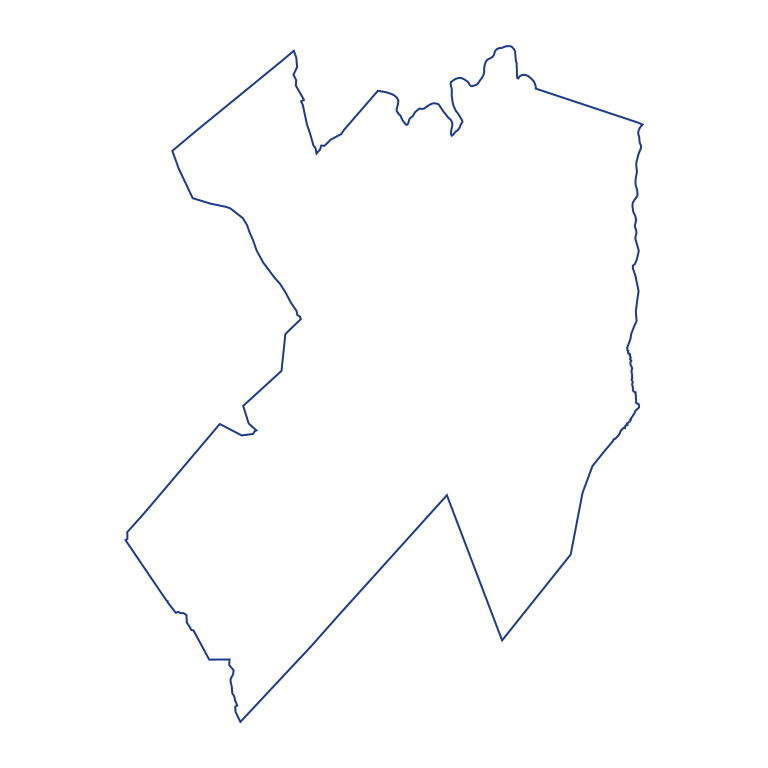 Candela, Coahuila, Mexico (Equal Earth projection)
{"feature_id": "50627088B44325844146536", "entity_name": "Candela", "entity_type": "district", "adm_level": 2, "iso_a3": "MEX", "parent_name": "Mexico", "parent_adm1": "Coahuila", "projection": "equal_earth", "projection_center": [-100.597, 26.828], "detail": "fine", "context": "isolated", "style": "outline", "palette": "blue", "viewbox_px": 768, "rotation_deg": 0, "n_neighbors": 0, "source": "geoboundaries", "source_scale": "gbopen_adm2", "svg_char_len": 5936}
<svg xmlns="http://www.w3.org/2000/svg" viewBox="0 0 768 768"><path d="M240.4,721.9L310.9,646.5L338.4,615.5L384.5,564.4L446.9,495.2L502.1,640.4L570.7,554.5L582.5,493.0L592.4,466.2L602.5,453.5L613.2,440.7L613.7,439.2L615.1,438.9L618.8,435.1L619.3,433.9L619.8,433.5L620.4,431.3L621.9,429.4L622.3,429.4L622.5,428.8L624.0,427.7L625.0,428.1L625.1,427.6L625.4,426.0L625.7,426.0L626.3,424.8L626.9,424.8L626.8,424.5L627.1,424.4L626.9,424.1L627.0,423.8L627.3,424.0L627.2,423.6L627.5,423.2L628.2,422.8L629.3,421.6L629.6,421.6L630.7,420.0L630.4,419.5L630.9,419.1L630.8,418.9L630.8,418.5L631.6,417.7L632.7,416.0L634.5,413.0L635.6,410.6L638.9,407.6L639.1,405.5L638.5,404.0L637.1,403.5L635.9,402.6L636.2,401.0L635.9,397.8L635.9,396.8L635.9,395.8L635.7,395.2L635.8,394.6L635.3,393.4L635.7,392.4L633.8,391.5L633.0,390.7L633.1,390.4L633.0,389.8L633.0,389.3L632.9,389.0L632.8,388.7L632.7,388.3L632.8,387.8L632.8,386.9L632.7,386.6L632.2,384.7L632.1,384.2L632.2,383.7L632.3,383.6L632.6,383.0L632.7,382.8L632.7,382.4L632.7,382.2L632.3,380.9L631.8,380.2L631.6,379.7L631.7,379.3L631.9,378.8L632.3,378.1L632.3,377.8L631.9,377.1L631.9,376.7L632.0,376.4L632.1,376.1L632.2,375.4L632.2,375.2L632.0,374.5L631.8,373.1L631.5,372.1L631.7,371.3L631.7,371.0L631.6,370.5L631.6,370.0L631.7,369.5L632.0,368.9L632.2,368.6L632.2,368.3L632.1,368.1L631.9,367.7L631.8,367.1L631.7,366.7L631.4,366.3L630.9,365.8L630.8,365.6L630.7,365.0L630.5,364.1L630.4,363.8L630.5,361.9L630.5,361.6L630.7,361.3L630.8,361.2L631.2,361.1L631.3,360.9L631.3,360.7L631.2,360.7L630.9,360.4L630.4,359.7L630.0,359.2L630.0,358.9L630.1,358.7L630.7,357.9L630.7,357.4L630.6,357.1L630.1,356.2L630.0,355.8L629.8,355.4L629.7,355.2L630.0,354.7L630.0,354.4L630.0,354.1L629.9,354.0L629.5,353.7L629.1,353.5L628.5,353.5L628.3,353.4L628.1,353.2L628.1,352.6L628.1,352.4L628.1,352.0L628.3,351.0L628.3,350.9L628.1,350.7L627.5,350.4L627.1,347.7L629.9,340.6L630.6,338.3L631.1,334.2L633.9,326.9L636.6,321.1L635.8,311.6L637.2,300.6L638.6,291.1L635.4,275.7L632.8,268.1L632.9,265.7L634.9,264.0L636.8,259.6L638.8,250.9L635.6,239.6L635.3,237.6L636.5,232.9L636.1,230.3L634.8,226.2L636.2,219.6L635.9,219.5L635.7,219.3L635.7,219.0L635.7,218.2L635.6,217.5L635.3,216.2L634.8,215.0L634.0,213.3L633.5,212.5L633.2,211.4L632.6,207.3L632.5,206.5L632.5,204.8L632.6,203.8L632.7,203.1L633.3,201.8L634.8,199.4L636.8,196.8L637.2,196.1L637.4,195.4L637.5,194.9L637.4,193.5L637.3,191.4L637.1,190.3L636.9,189.3L636.4,187.5L635.8,185.7L635.6,184.3L635.5,183.0L635.5,180.7L635.6,179.6L635.7,178.8L636.4,174.9L636.8,172.5L636.9,171.5L636.9,170.9L636.8,170.0L636.6,169.1L636.5,167.3L636.3,166.2L636.3,164.3L636.4,162.5L636.6,161.2L637.3,158.9L637.7,156.9L638.1,155.7L639.0,152.8L639.4,151.8L640.2,150.1L640.5,149.4L640.7,148.7L641.0,147.6L641.0,146.8L641.0,145.9L640.8,145.0L640.4,144.4L640.0,143.5L639.6,141.7L639.4,140.4L639.3,137.8L639.1,136.6L638.3,134.1L638.3,133.4L638.2,132.8L638.3,131.8L638.5,131.0L638.8,130.1L639.3,128.9L639.7,128.1L640.2,127.4L640.8,126.5L641.3,125.9L642.5,124.6L637.4,122.4L535.7,88.6L535.8,86.8L535.3,85.0L534.5,82.7L533.6,81.0L532.4,79.8L531.0,78.3L529.1,76.9L527.9,75.8L526.0,75.2L523.8,74.8L521.8,75.1L520.4,75.9L519.5,76.6L518.3,78.4L517.4,78.0L516.9,75.8L516.9,72.2L516.9,68.9L516.6,66.6L516.7,63.8L515.9,60.7L515.4,56.3L515.3,53.8L515.1,51.5L513.9,49.0L512.6,47.8L511.8,46.7L509.8,46.1L507.7,46.1L505.9,46.4L504.2,46.9L501.9,47.9L500.5,48.1L499.2,48.0L498.0,48.7L496.7,49.2L495.4,50.6L494.7,52.3L493.7,55.4L492.6,56.7L491.3,57.7L487.2,59.8L486.1,61.1L485.4,63.0L484.7,65.0L484.3,67.2L484.2,68.9L484.2,70.6L484.1,72.3L484.0,73.4L483.3,75.1L481.9,77.8L480.8,79.4L479.7,80.8L478.7,82.3L478.1,83.4L476.8,84.5L475.5,85.1L472.3,86.1L471.1,86.1L470.1,85.4L468.8,83.3L467.8,81.8L464.6,79.6L462.7,78.6L460.7,77.9L458.7,78.0L456.4,78.6L454.5,79.5L451.0,82.0L450.6,83.5L450.9,85.5L451.3,87.2L451.7,88.7L451.8,90.6L451.8,93.2L451.7,95.8L452.1,98.1L452.6,102.3L453.2,104.6L453.9,106.7L455.2,109.4L455.9,111.0L457.7,113.1L460.1,117.1L461.0,118.6L462.2,120.3L462.3,121.0L462.4,122.2L461.8,122.9L461.2,123.8L460.4,125.6L459.8,127.2L458.8,128.8L457.9,130.0L457.0,130.8L455.7,131.5L453.9,133.7L452.9,134.9L451.8,135.7L451.3,135.0L451.0,133.3L451.1,131.4L451.5,129.1L452.1,126.9L452.3,125.3L452.4,124.0L451.9,122.2L451.1,120.3L450.2,119.3L448.8,118.0L447.4,116.7L446.0,114.6L443.6,111.8L442.2,109.6L440.8,107.6L439.6,105.7L438.5,104.3L437.2,103.8L435.6,103.4L433.7,103.3L431.8,103.7L430.0,104.6L427.5,106.1L424.2,108.5L422.0,109.0L420.7,108.7L419.2,108.7L418.2,109.4L414.9,112.4L414.2,113.8L413.4,115.1L412.7,116.2L410.3,118.0L409.4,119.3L408.8,121.1L408.4,122.5L408.1,123.6L407.4,124.5L406.6,124.9L405.6,124.3L404.0,122.2L402.6,120.2L401.5,118.2L400.7,116.1L399.8,114.9L398.5,114.0L398.1,112.7L396.9,111.6L396.6,110.0L396.8,108.5L397.7,105.3L398.2,102.1L398.3,100.4L397.6,99.0L396.6,97.4L393.8,95.1L391.8,94.1L389.2,93.2L386.6,92.4L383.9,91.8L377.9,90.8L344.0,129.9L341.2,134.1L330.2,139.9L329.1,141.3L324.5,145.8L321.2,145.6L320.1,149.5L316.5,153.5L315.6,148.5L313.4,145.4L309.9,133.0L307.0,124.7L302.8,104.9L301.1,101.3L304.0,99.9L295.8,85.5L296.2,80.3L293.5,74.6L297.1,67.2L296.3,57.6L293.8,50.8L282.2,60.6L196.5,130.6L172.3,150.9L178.9,169.0L192.7,198.2L210.4,203.6L226.2,206.9L230.2,208.3L242.9,218.2L247.0,225.0L249.8,233.0L253.0,240.1L256.7,250.7L263.3,262.7L274.7,277.9L279.7,283.4L285.5,292.4L291.1,303.0L296.4,310.7L297.4,315.1L299.8,316.5L300.8,319.2L290.4,329.1L285.4,334.1L281.5,370.9L243.2,405.9L248.7,423.5L256.4,430.4L254.6,431.3L253.0,434.0L241.6,435.4L219.8,424.0L152.3,503.7L141.8,515.9L127.2,532.2L127.3,533.4L127.4,538.9L125.5,540.1L166.2,600.2L167.7,601.2L167.6,602.3L175.8,612.8L178.3,611.8L180.3,613.1L183.6,613.1L186.5,615.2L186.8,622.4L189.9,627.3L191.4,630.1L193.5,630.4L209.2,659.6L229.5,659.5L229.2,665.1L233.6,670.3L233.1,674.4L230.7,678.6L230.5,680.9L231.8,687.0L232.3,693.3L234.2,696.2L235.1,700.3L237.2,705.5L235.2,706.7L235.6,712.1L240.4,721.9Z" fill="none" stroke="#1e3a8a" stroke-width="2"/></svg>